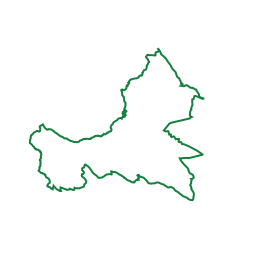 outline of Chiquinquirá, Boyacá, Colombia, rotated 292°
{"feature_id": "7082276B335573977446", "entity_name": "Chiquinquirá", "entity_type": "district", "adm_level": 2, "iso_a3": "COL", "parent_name": "Colombia", "parent_adm1": "Boyacá", "projection": "equal_earth", "projection_center": [-73.82, 5.627], "detail": "fine", "context": "isolated", "style": "outline", "palette": "green", "viewbox_px": 256, "rotation_deg": 292, "n_neighbors": 0, "source": "geoboundaries", "source_scale": "gbopen_adm2", "svg_char_len": 5785}
<svg xmlns="http://www.w3.org/2000/svg" viewBox="0 0 256 256"><g transform="rotate(292 128 128)"><path d="M54.9,61.1L53.8,64.3L53.9,65.8L54.1,65.9L53.8,68.6L53.3,68.6L53.1,69.2L51.8,70.4L51.3,73.3L50.8,74.2L49.1,75.6L48.3,75.9L47.7,75.9L46.6,75.1L45.7,74.9L44.2,74.8L43.7,75.2L43.8,77.5L43.1,79.6L42.9,81.1L43.5,81.1L44.7,80.7L45.7,80.9L46.5,80.7L44.8,83.9L44.2,87.0L44.1,88.5L44.6,89.5L45.6,88.4L47.7,87.7L47.8,94.6L49.0,96.7L49.8,96.7L50.1,100.9L50.4,101.2L51.3,101.2L52.5,100.8L52.6,102.4L53.1,103.3L53.6,105.1L57.1,109.0L59.2,108.6L61.6,109.7L63.3,109.1L63.9,108.1L64.4,107.7L65.3,105.5L65.7,103.8L66.4,103.0L68.0,102.7L68.9,103.9L70.0,103.9L70.7,103.4L71.8,101.3L72.8,100.7L73.7,101.0L73.9,100.9L74.9,101.9L77.9,101.8L78.1,102.0L77.6,104.8L77.3,105.7L76.4,107.7L73.3,112.2L72.6,114.3L72.0,116.8L70.7,119.4L72.3,122.4L74.1,123.8L76.2,125.1L77.0,125.8L78.4,128.3L78.8,130.2L79.7,130.0L80.7,129.1L81.5,128.7L81.8,131.1L82.3,132.2L82.3,134.0L81.9,136.5L81.5,137.4L81.7,139.2L81.2,140.0L81.3,140.8L80.9,142.0L80.8,142.8L80.3,143.2L80.4,144.3L80.1,144.7L80.2,145.1L79.8,145.7L79.5,147.0L79.5,148.8L79.7,149.9L79.3,150.7L79.4,151.3L79.2,152.2L79.4,153.2L79.9,153.5L80.0,154.0L80.3,153.9L80.4,154.3L82.7,155.0L83.8,157.2L84.6,156.1L85.1,156.2L85.7,156.8L86.3,156.3L86.6,156.4L87.5,154.5L87.9,154.6L87.9,154.9L88.2,155.0L88.5,155.5L87.8,156.5L87.6,157.2L87.5,158.4L87.8,160.5L87.4,162.2L85.9,165.6L85.4,166.2L84.5,167.7L85.1,170.4L86.1,172.0L86.8,173.7L88.0,174.6L88.9,176.7L88.7,179.8L88.9,182.6L88.5,183.7L88.3,185.6L87.8,187.0L88.1,188.1L89.2,189.3L89.4,190.1L89.2,191.7L89.2,192.8L87.7,195.3L87.2,198.9L86.6,200.2L86.2,202.3L85.4,204.1L85.4,208.6L85.2,209.8L84.7,210.6L84.7,213.0L85.2,214.8L85.4,214.9L87.2,215.1L88.4,214.5L90.1,214.3L91.8,213.7L93.5,212.0L94.7,210.1L95.7,209.2L96.1,209.3L97.2,208.6L98.4,207.0L100.5,207.3L101.5,206.7L103.5,206.6L104.4,205.6L104.8,206.5L106.0,207.4L106.8,207.5L107.4,207.1L108.8,205.7L109.4,201.8L113.2,198.4L114.9,194.3L116.0,192.1L116.4,191.7L116.5,191.1L118.0,188.8L119.3,187.4L119.9,189.2L120.7,190.2L122.0,193.0L123.0,195.9L130.4,206.1L131.1,207.0L131.4,207.0L132.8,200.9L133.8,191.5L133.9,185.7L133.3,184.2L134.7,182.8L134.8,182.5L134.1,180.9L134.2,180.1L134.8,179.8L136.8,179.6L136.9,179.4L136.8,178.8L135.5,176.5L137.3,174.1L137.4,173.5L135.9,171.8L136.3,170.8L138.0,170.3L138.0,169.8L137.4,169.1L137.4,168.5L140.1,166.7L139.8,165.7L138.9,164.1L139.1,162.1L147.8,164.8L149.4,166.6L160.1,181.8L161.2,182.1L162.1,183.0L162.4,181.1L164.2,180.1L167.0,179.5L168.9,179.5L169.0,179.7L170.0,179.2L173.9,179.0L176.6,177.6L178.6,176.9L179.4,177.9L182.5,177.7L183.0,178.9L183.1,182.1L182.9,184.0L182.9,185.8L183.7,187.7L183.5,183.7L183.8,181.9L184.2,181.6L185.6,181.5L188.5,177.2L189.1,176.9L189.0,175.5L189.4,173.9L189.1,173.0L189.4,172.5L188.9,171.6L188.8,170.7L189.4,168.4L189.4,167.4L189.7,167.1L189.6,166.2L189.4,165.7L187.7,164.3L187.0,161.2L188.4,162.1L188.8,161.1L189.3,161.6L189.7,160.2L190.1,160.1L193.3,156.8L193.5,155.2L193.8,154.7L195.1,153.3L197.7,151.1L199.6,146.8L202.3,143.7L204.8,139.5L206.5,137.3L207.6,134.8L208.7,131.2L210.2,129.9L212.1,127.6L213.1,125.5L211.7,127.4L210.9,127.8L210.3,127.5L208.6,125.4L207.4,125.5L205.9,126.3L205.5,126.2L204.2,122.0L203.5,120.5L203.1,118.6L200.6,118.0L198.8,121.1L197.9,121.7L197.4,122.7L197.1,122.9L195.6,122.3L194.5,122.5L193.3,122.1L190.6,122.7L188.9,122.7L187.4,121.1L185.7,120.9L185.2,121.1L184.4,120.6L183.3,121.3L182.2,121.3L181.7,121.1L181.7,120.5L181.3,119.6L179.6,118.7L178.9,118.8L177.6,117.9L176.2,115.3L174.0,112.5L173.0,111.8L172.5,111.8L171.6,111.5L170.6,112.1L170.2,111.7L169.9,111.9L169.8,111.6L169.4,112.1L168.9,111.9L168.2,112.0L167.1,111.0L166.5,111.7L165.8,111.1L164.5,111.6L163.5,111.5L161.6,110.3L161.4,109.2L161.5,108.3L160.9,107.5L160.6,107.5L160.1,108.3L159.5,108.4L158.7,109.4L157.5,109.7L156.1,110.5L155.4,112.3L155.1,112.6L154.4,112.7L153.9,113.2L151.7,114.3L150.2,116.5L149.5,116.5L148.4,117.2L147.8,117.1L146.2,117.7L145.1,117.3L144.5,117.4L144.3,117.8L142.9,117.8L142.9,118.0L143.5,119.1L143.3,119.8L142.8,120.3L142.2,119.9L142.2,119.6L142.7,118.7L142.3,118.0L141.5,117.6L141.8,118.8L141.0,119.6L139.9,117.8L139.4,117.6L139.2,118.0L139.6,118.5L139.6,119.7L139.3,120.8L139.0,121.1L137.8,120.4L137.5,119.2L137.3,119.4L137.3,120.3L137.0,120.5L136.3,118.9L134.4,118.8L134.8,118.1L134.8,117.8L133.7,116.2L132.8,115.4L131.9,115.3L130.6,114.5L128.0,112.5L125.5,112.3L124.8,111.7L123.0,111.5L122.1,111.7L121.2,112.4L120.9,113.0L120.2,113.4L119.0,113.5L118.4,113.2L117.7,112.1L116.4,111.4L116.1,110.7L115.6,110.7L115.2,110.1L113.7,109.5L113.3,108.5L113.5,107.9L111.9,107.3L111.8,107.0L111.3,107.1L110.3,106.2L109.9,105.8L110.2,105.1L109.7,104.3L109.7,103.1L109.2,102.6L109.1,101.9L108.4,101.1L108.1,100.3L106.9,99.7L105.3,98.0L104.9,97.9L104.7,97.5L104.1,97.6L103.8,97.4L103.1,95.8L102.6,93.6L101.9,92.7L101.1,90.7L99.4,89.6L98.5,88.3L96.9,87.6L96.1,86.3L95.5,85.7L95.3,84.2L94.8,83.3L94.8,81.3L94.5,80.0L94.6,78.3L94.8,77.7L94.8,76.7L95.1,76.2L95.3,74.9L94.6,73.3L94.7,72.3L95.0,71.8L95.1,70.1L95.3,69.5L95.0,68.9L95.3,67.4L96.5,63.2L96.5,62.0L97.0,61.1L97.9,57.3L97.2,54.8L96.2,53.9L96.2,53.6L96.6,51.8L97.4,50.2L99.4,47.7L96.5,45.6L95.6,45.9L95.0,46.7L92.7,47.5L92.0,47.4L91.3,46.9L91.4,45.2L91.1,44.6L88.2,42.3L86.2,41.9L85.6,41.2L84.5,40.9L81.4,41.7L80.0,41.6L79.2,42.2L77.4,42.6L77.1,43.3L76.8,44.7L75.4,47.0L75.3,48.0L74.8,48.6L74.3,48.8L74.1,49.8L73.7,50.2L74.0,50.5L73.8,51.0L74.0,51.2L73.8,51.8L74.1,52.3L74.2,53.1L73.9,53.6L73.8,54.9L73.2,55.1L73.1,55.8L72.6,56.0L72.6,56.5L72.0,56.7L71.1,57.6L69.2,57.7L67.5,58.6L65.9,58.2L65.6,58.4L65.2,58.3L65.0,58.5L65.1,59.0L64.8,59.2L64.2,59.2L63.6,59.7L62.4,60.0L62.2,60.3L61.1,60.4L60.5,60.9L59.7,60.9L58.8,60.5L58.3,60.6L57.9,61.1L57.3,61.1L56.4,61.4L54.9,61.1Z" fill="none" stroke="#15803d" stroke-width="2"/></g></svg>